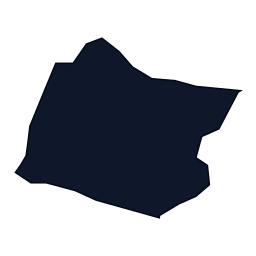 Suseong-gu, Daegu, South Korea (Natural Earth projection)
{"feature_id": "91817680B49679347075852", "entity_name": "Suseong-gu", "entity_type": "district", "adm_level": 2, "iso_a3": "KOR", "parent_name": "South Korea", "parent_adm1": "Daegu", "projection": "natural_earth1", "projection_center": [128.666, 35.83], "detail": "fine", "context": "isolated", "style": "filled", "palette": "ink", "viewbox_px": 256, "rotation_deg": 0, "n_neighbors": 0, "source": "geoboundaries", "source_scale": "gbopen_adm2", "svg_char_len": 478}
<svg xmlns="http://www.w3.org/2000/svg" viewBox="0 0 256 256"><path d="M240.6,90.7L195.9,86.4L174.8,80.6L151.8,78.7L132.6,67.1L119.1,51.7L101.9,38.2L86.5,44.0L73.1,63.3L55.8,63.3L44.8,89.9L29.9,126.2L27.7,144.5L26.1,155.8L20.7,165.0L15.4,172.5L30.9,182.8L46.2,182.8L75.0,190.5L96.1,200.1L159.3,217.8L159.5,215.5L178.6,204.0L195.9,196.3L209.4,184.7L207.4,165.4L195.9,157.7L201.7,136.5L218.9,128.8L238.1,92.2L240.6,90.7Z" fill="#0f172a" stroke="#020617" stroke-width="1.5"/></svg>